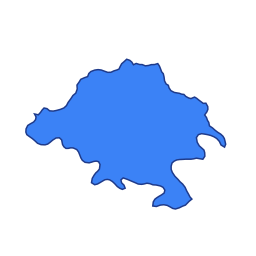 Abdon Batista, Santa Catarina, Brazil (Mercator projection), rotated 14°
{"feature_id": "56859067B29190973569639", "entity_name": "Abdon Batista", "entity_type": "district", "adm_level": 2, "iso_a3": "BRA", "parent_name": "Brazil", "parent_adm1": "Santa Catarina", "projection": "mercator", "projection_center": [-51.047, -27.584], "detail": "fine", "context": "isolated", "style": "filled", "palette": "blue", "viewbox_px": 256, "rotation_deg": 14, "n_neighbors": 0, "source": "geoboundaries", "source_scale": "gbopen_adm2", "svg_char_len": 2711}
<svg xmlns="http://www.w3.org/2000/svg" viewBox="0 0 256 256"><g transform="rotate(14 128 128)"><path d="M205.0,103.0L203.3,101.4L201.6,98.8L199.2,96.8L200.6,93.3L201.0,90.6L200.2,87.9L197.6,85.1L195.0,85.9L192.2,84.7L189.8,83.7L187.3,82.5L185.1,81.9L182.0,84.2L179.6,84.2L176.5,83.4L174.1,81.9L171.9,82.2L169.5,81.9L167.2,82.1L164.3,82.3L160.6,81.4L158.1,79.1L156.8,76.8L154.4,76.1L152.1,73.5L150.6,69.7L149.1,66.8L147.0,65.3L145.6,63.2L143.5,60.3L141.3,58.3L138.4,60.0L135.2,60.9L132.9,62.3L129.8,63.5L126.3,63.0L124.0,63.6L120.3,63.4L118.0,65.3L115.7,63.1L113.3,61.9L110.1,61.6L107.8,65.1L106.3,67.2L105.5,70.4L105.0,73.0L103.0,74.5L100.6,75.9L97.9,78.1L94.8,78.9L91.7,78.6L88.0,78.2L84.8,78.6L81.6,79.9L78.3,82.2L76.8,84.6L76.4,87.9L73.6,89.7L70.4,92.2L69.4,95.4L68.1,98.7L69.3,102.4L68.9,106.8L66.7,109.8L65.5,113.3L63.7,117.7L62.9,121.1L60.9,124.1L57.9,126.3L54.3,128.3L51.3,129.7L47.8,130.3L44.7,128.8L41.7,128.9L40.3,131.4L39.4,133.9L37.8,136.9L33.9,137.0L36.1,139.5L36.3,142.2L35.0,145.0L32.1,147.7L30.1,149.8L29.3,153.5L29.9,156.7L31.4,158.9L34.3,160.1L37.7,161.4L40.9,163.0L43.9,164.7L47.6,165.2L51.6,164.4L54.0,163.0L55.6,161.1L57.9,157.9L60.6,155.1L63.8,154.1L66.5,155.6L68.5,159.9L70.4,161.8L72.7,162.8L74.8,162.3L77.2,161.1L79.6,160.6L83.5,161.3L85.8,163.2L87.7,165.8L89.6,168.5L91.5,170.4L94.6,171.7L98.7,171.2L101.0,169.9L102.9,168.7L105.2,167.8L107.6,167.8L109.7,170.2L110.2,174.8L109.0,177.3L107.6,179.4L106.6,181.8L105.5,185.5L105.8,189.9L109.4,191.1L112.0,189.7L114.0,187.8L116.2,185.6L118.1,183.8L120.3,182.9L122.6,182.7L125.8,183.7L128.5,185.2L131.8,187.4L134.7,188.5L137.4,188.9L139.8,187.1L137.9,184.4L135.0,182.7L133.7,180.0L135.4,177.6L139.9,178.0L144.8,178.8L148.0,179.3L151.4,179.9L154.7,179.4L156.9,178.5L159.7,177.0L162.8,176.7L165.9,177.1L169.1,176.5L173.6,176.4L176.4,177.1L178.8,179.4L178.8,182.3L176.7,184.8L174.6,186.8L172.9,188.6L171.3,190.6L170.4,193.6L170.9,197.7L174.5,197.3L178.0,195.0L181.3,193.8L184.8,193.6L188.1,194.4L190.8,195.2L193.6,195.1L197.1,193.0L199.8,190.7L202.4,188.9L205.0,184.4L207.2,181.5L204.8,179.9L202.7,177.5L200.3,175.0L197.7,171.7L194.6,169.2L191.5,167.6L189.0,165.8L185.2,163.5L181.8,160.4L179.9,157.7L179.1,154.6L179.2,151.3L180.8,149.0L183.0,147.2L185.7,146.1L188.7,145.2L191.5,144.3L194.3,143.6L196.7,143.0L199.2,142.0L201.7,140.7L204.4,140.5L208.2,140.2L209.4,136.8L208.4,133.4L207.0,131.0L204.2,129.5L201.5,128.1L198.6,125.1L196.7,120.8L197.9,117.4L200.8,115.7L203.8,115.4L206.8,115.2L210.0,115.2L213.4,115.7L216.6,116.7L219.9,118.9L222.4,122.0L226.3,123.2L226.7,120.1L225.2,117.1L224.0,114.9L222.1,113.0L219.4,111.5L216.0,110.4L212.8,109.0L210.0,107.5L206.5,106.2L205.0,103.0Z" fill="#3b82f6" stroke="#1e3a8a" stroke-width="1.5"/></g></svg>